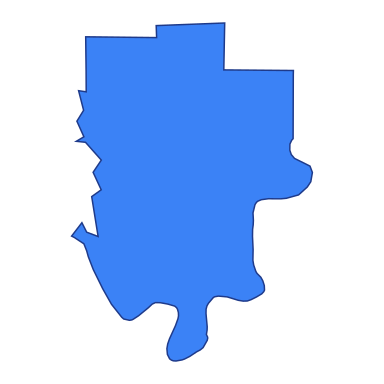 the district of Perry, Indiana, United States of America
{"feature_id": "52423323B11112543389070", "entity_name": "Perry", "entity_type": "district", "adm_level": 2, "iso_a3": "USA", "parent_name": "United States of America", "parent_adm1": "Indiana", "projection": "mercator", "projection_center": [-86.618, 38.054], "detail": "fine", "context": "isolated", "style": "filled", "palette": "blue", "viewbox_px": 384, "rotation_deg": 0, "n_neighbors": 0, "source": "geoboundaries", "source_scale": "gbopen_adm2", "svg_char_len": 1506}
<svg xmlns="http://www.w3.org/2000/svg" viewBox="0 0 384 384"><path d="M293.1,138.7L293.3,74.7L293.4,70.5L223.8,69.9L224.7,23.0L156.2,25.6L156.6,37.6L85.7,36.8L86.1,71.8L86.2,91.8L78.6,90.7L83.6,110.3L76.9,121.2L83.9,136.8L76.3,141.3L85.5,142.3L101.3,160.1L93.1,172.3L101.2,189.8L91.7,196.6L98.1,236.5L86.7,232.2L81.9,222.7L71.6,236.1L74.0,237.3L83.9,243.8L86.7,250.9L88.3,256.7L93.3,269.6L102.7,288.7L111.5,304.3L121.7,317.2L123.7,319.0L129.5,320.3L131.9,319.9L133.3,319.2L138.5,315.8L148.4,307.7L152.2,304.1L155.4,302.6L160.3,302.7L167.9,304.1L174.7,306.1L176.6,307.7L177.5,309.3L178.4,312.6L178.5,315.9L178.0,318.6L175.5,325.6L169.5,338.8L167.7,344.0L166.9,348.6L167.4,354.4L169.6,358.8L171.4,360.1L173.2,360.8L176.0,361.0L182.1,359.9L184.6,359.0L189.9,356.3L196.5,351.9L200.3,349.9L203.1,347.6L207.2,340.4L207.7,338.2L207.6,337.1L206.4,334.5L207.1,330.0L207.2,326.8L206.0,313.5L206.1,309.1L207.0,305.8L208.5,303.2L213.2,297.7L214.5,296.8L218.4,296.1L227.2,296.9L238.3,300.3L243.2,301.1L247.3,301.0L251.0,299.7L256.6,296.9L261.8,293.8L263.8,291.6L264.5,290.1L264.3,285.6L262.8,280.8L260.8,277.2L257.0,273.4L255.8,271.3L253.7,265.1L252.9,260.3L253.1,249.5L252.5,236.4L252.6,229.4L253.2,224.8L253.4,220.3L253.0,212.9L255.0,204.6L256.5,202.3L257.8,201.2L261.3,199.7L268.6,198.7L274.4,198.8L280.9,198.8L286.3,198.3L298.6,194.9L307.3,187.0L310.8,181.7L312.4,172.5L310.0,166.1L294.5,158.4L291.3,154.6L289.8,150.2L289.9,144.1L291.7,140.2L293.1,138.7Z" fill="#3b82f6" stroke="#1e3a8a" stroke-width="1.5"/></svg>